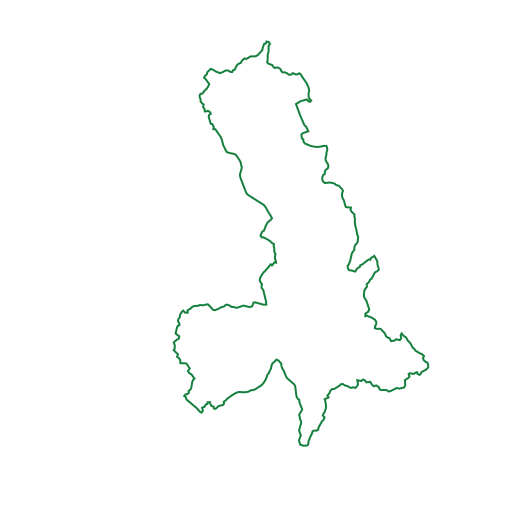 São Paulo, São Paulo, Brazil, rotated 158°
{"feature_id": "56859067B92864763247255", "entity_name": "São Paulo", "entity_type": "district", "adm_level": 2, "iso_a3": "BRA", "parent_name": "Brazil", "parent_adm1": "São Paulo", "projection": "robinson", "projection_center": [-46.645, -23.682], "detail": "fine", "context": "isolated", "style": "outline", "palette": "green", "viewbox_px": 512, "rotation_deg": 158, "n_neighbors": 0, "source": "geoboundaries", "source_scale": "gbopen_adm2", "svg_char_len": 6078}
<svg xmlns="http://www.w3.org/2000/svg" viewBox="0 0 512 512"><g transform="rotate(158 256 256)"><path d="M137.9,88.3L137.2,90.4L137.0,92.9L138.4,94.3L139.5,96.6L139.4,98.9L137.7,100.3L138.8,102.7L140.7,104.6L143.6,108.5L144.1,110.8L145.1,112.4L145.4,116.3L145.9,118.5L146.8,120.1L147.5,124.6L149.0,126.5L150.0,129.6L151.7,128.1L152.1,125.4L154.2,124.1L157.2,126.3L159.5,125.7L162.7,126.5L163.0,129.7L164.5,131.1L165.5,132.8L165.5,136.0L167.8,141.8L171.4,143.3L172.8,144.5L171.9,146.3L170.3,147.5L169.1,149.8L169.6,152.3L171.9,155.7L174.1,157.6L175.5,159.2L177.1,159.2L176.5,161.0L175.2,162.0L173.1,162.1L171.0,164.1L170.4,173.6L171.1,176.1L171.0,178.0L170.4,179.8L168.7,183.0L167.0,184.6L164.8,185.8L163.8,188.5L161.4,189.3L159.0,191.3L157.2,191.7L152.0,196.2L149.3,196.5L147.5,197.1L146.8,199.0L146.8,201.4L145.5,206.1L146.3,211.8L150.3,211.0L151.5,209.7L153.0,210.6L160.4,208.4L162.7,208.4L164.0,206.9L165.8,206.8L167.7,206.0L169.9,204.4L173.3,207.1L175.0,207.9L175.4,210.1L174.8,212.4L172.8,213.8L170.5,216.2L166.0,222.7L162.6,224.8L161.8,226.8L160.2,228.8L158.2,229.7L156.5,231.0L153.9,235.9L154.2,238.1L153.2,242.1L152.5,247.5L151.7,250.3L150.1,254.1L150.0,255.9L149.1,257.6L150.7,261.1L151.1,263.5L149.8,265.3L154.3,267.6L154.3,270.0L153.7,274.4L154.0,276.9L153.9,279.1L152.9,281.6L151.0,283.7L151.1,285.5L152.9,290.1L155.0,291.7L156.2,293.9L159.8,296.4L164.9,297.9L166.0,300.1L165.8,302.2L165.1,304.1L163.5,305.8L161.4,306.3L160.7,308.3L159.2,309.7L156.6,310.4L155.2,312.1L154.9,314.7L155.4,316.4L155.6,318.8L154.6,321.2L152.9,323.3L151.8,325.7L150.3,327.4L149.6,329.5L149.5,331.6L151.4,332.6L156.0,333.4L158.1,334.1L160.0,334.9L164.0,337.5L168.7,342.2L169.1,344.6L168.4,346.5L169.4,347.9L168.5,351.5L167.0,352.3L160.8,352.1L161.1,357.4L162.1,359.2L162.4,369.9L162.0,381.9L156.6,382.8L150.1,382.1L149.5,379.8L148.2,378.7L146.6,379.4L147.5,381.5L147.5,384.0L146.7,386.3L144.5,390.1L144.2,392.6L144.3,397.3L145.9,404.0L146.3,407.1L147.4,409.2L149.5,408.9L151.0,409.4L153.4,411.8L155.3,411.0L157.6,411.7L158.8,413.8L160.4,415.5L162.6,416.2L163.3,418.2L163.3,420.3L164.4,421.7L165.6,422.9L168.1,423.2L169.2,425.2L169.5,427.1L172.3,429.5L173.1,431.4L171.7,433.5L170.0,437.7L167.6,441.2L165.7,445.9L163.6,447.4L164.0,449.6L165.9,450.9L167.1,449.4L169.0,449.6L171.9,446.4L172.8,444.7L179.1,441.6L181.7,441.3L186.2,443.1L191.1,442.3L192.6,443.5L194.8,442.9L196.6,441.8L197.8,440.7L200.5,440.7L202.5,439.8L205.8,436.8L208.0,436.7L209.1,435.5L210.7,436.2L212.4,438.5L214.8,439.4L218.8,438.9L220.8,439.0L224.0,442.0L226.4,445.2L227.9,446.5L232.4,444.6L233.6,442.8L235.3,442.4L237.4,440.8L236.3,438.6L235.0,433.0L236.6,431.3L238.7,429.8L242.8,428.0L244.6,426.7L246.8,427.1L248.2,425.9L248.8,423.8L248.6,422.1L249.5,420.2L248.9,418.0L247.8,416.0L249.2,414.2L248.8,411.0L249.3,409.2L247.6,408.6L246.2,408.6L244.8,406.8L244.7,404.7L246.5,404.4L247.8,402.6L248.4,395.5L247.1,394.7L246.8,391.3L248.0,389.6L246.2,388.8L244.2,379.8L244.0,377.7L244.9,370.6L244.5,367.9L244.6,365.7L244.1,363.2L240.4,360.3L238.5,359.2L236.8,357.5L235.5,351.8L235.1,348.6L235.7,346.2L235.8,344.1L236.5,342.6L240.5,337.4L241.1,334.7L241.4,319.9L241.2,317.1L240.2,315.2L229.6,300.3L228.8,297.5L227.9,290.5L227.4,288.7L227.1,284.9L229.0,283.9L232.4,282.9L234.9,281.0L239.2,276.5L241.1,276.2L244.2,273.3L243.7,271.0L242.1,270.6L238.5,266.2L237.1,264.1L236.3,262.0L234.9,260.5L235.9,258.6L236.2,256.1L237.4,253.4L237.3,250.3L238.3,249.0L239.4,246.7L239.5,244.0L239.9,242.3L241.2,243.2L244.7,241.3L245.4,242.8L253.1,238.7L255.3,237.9L259.2,235.2L260.8,233.7L261.8,231.4L261.1,227.5L262.3,225.7L262.7,223.7L262.0,221.8L263.7,210.1L264.7,207.1L267.2,208.0L274.1,213.3L275.7,213.7L278.6,210.7L281.3,211.2L286.2,214.7L293.3,215.1L296.2,217.3L297.9,218.1L299.2,220.1L301.1,221.8L302.9,221.9L304.4,221.2L308.1,221.5L310.6,221.1L314.3,221.1L316.0,222.2L317.6,226.9L318.8,229.3L324.4,230.4L326.2,231.6L328.3,231.5L332.2,232.8L334.1,232.7L336.1,231.8L339.8,231.3L340.7,229.0L343.2,230.3L343.9,232.6L345.5,232.1L347.9,230.5L349.6,227.9L351.4,226.6L352.7,225.1L352.4,222.2L353.0,220.5L354.6,220.6L356.2,219.1L359.6,214.2L357.2,210.2L358.7,208.1L360.3,208.1L363.2,207.3L364.8,206.4L364.6,204.6L365.2,202.6L366.1,200.5L367.6,199.5L365.2,194.1L367.0,192.0L365.7,190.4L365.2,187.7L366.3,185.0L361.3,182.8L360.5,181.3L359.6,176.5L362.2,174.8L361.6,172.1L360.2,170.5L359.0,165.3L360.6,164.8L362.2,163.2L365.5,157.9L367.2,156.5L369.1,156.1L369.5,154.3L371.4,153.6L373.1,154.1L375.0,153.1L374.0,151.5L374.2,148.9L368.1,137.5L366.3,132.5L365.1,131.2L363.2,132.4L362.8,135.5L360.3,135.5L358.1,137.1L356.5,137.0L355.7,138.5L353.5,137.8L353.7,135.7L353.5,133.6L351.7,132.2L352.2,130.4L350.8,129.4L346.8,130.9L342.5,130.2L341.0,131.0L340.4,133.0L338.1,133.5L335.4,134.7L328.7,136.2L325.0,136.6L322.7,136.3L317.7,133.9L313.9,133.0L310.8,133.4L308.7,132.7L306.9,132.7L299.3,134.1L296.5,135.5L292.9,138.1L289.9,141.6L287.8,142.7L286.0,144.7L284.4,145.9L282.5,148.8L280.8,150.4L278.6,151.0L275.8,152.3L274.3,150.6L272.9,146.8L273.5,144.9L273.8,142.5L273.2,138.4L273.3,133.4L273.0,131.2L268.8,123.0L268.4,120.8L271.1,110.4L270.8,108.2L269.8,106.3L270.6,103.8L270.6,96.4L275.6,92.5L275.7,90.5L276.3,88.4L276.1,85.7L277.1,83.7L281.4,78.2L281.7,72.6L283.2,71.3L285.2,69.0L285.7,64.7L283.0,62.2L279.2,61.1L277.9,62.2L276.7,64.5L273.0,68.4L270.7,70.3L269.1,72.4L267.2,72.3L265.3,71.4L263.5,71.5L262.3,73.5L256.8,78.0L254.9,78.7L252.9,80.6L253.8,83.1L252.6,84.5L251.0,85.4L248.3,88.6L247.2,90.8L246.1,95.5L246.0,97.5L241.7,97.7L242.0,100.0L239.8,100.9L237.2,103.4L235.2,104.1L233.6,103.4L226.7,104.6L225.1,105.3L223.4,104.7L222.1,102.7L219.9,101.1L218.4,99.1L217.1,98.0L215.5,98.0L213.2,96.5L210.7,97.7L209.5,98.8L208.6,102.9L205.4,100.7L203.1,101.4L201.6,99.9L201.0,97.5L197.3,96.6L196.7,93.5L195.6,91.0L193.1,91.0L191.3,88.5L191.3,86.1L190.0,84.7L186.3,83.4L184.9,82.4L183.7,80.6L181.5,80.4L174.7,80.9L173.1,79.4L168.0,78.6L165.9,80.4L164.5,85.1L159.9,86.0L158.7,87.0L158.8,89.2L157.3,89.7L154.0,87.6L151.7,88.1L150.2,88.0L150.4,86.2L148.9,84.5L147.4,85.1L145.6,86.5L141.2,86.8L137.9,88.3Z" fill="none" stroke="#15803d" stroke-width="2"/></g></svg>